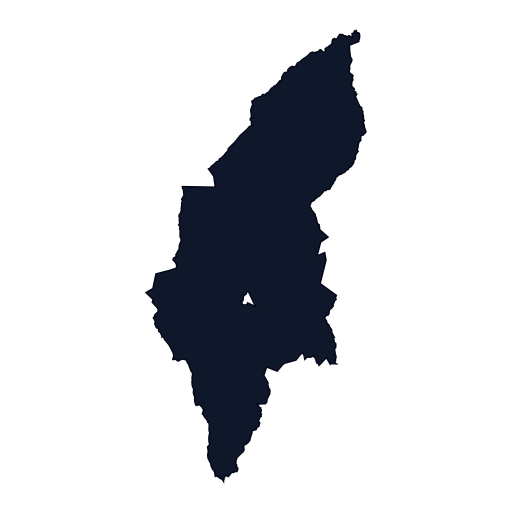 Makoni, Manicaland, Zimbabwe
{"feature_id": "62879985B27116987268551", "entity_name": "Makoni", "entity_type": "district", "adm_level": 2, "iso_a3": "ZWE", "parent_name": "Zimbabwe", "parent_adm1": "Manicaland", "projection": "robinson", "projection_center": [32.274, -18.385], "detail": "fine", "context": "isolated", "style": "filled", "palette": "ink", "viewbox_px": 512, "rotation_deg": 0, "n_neighbors": 0, "source": "geoboundaries", "source_scale": "gbopen_adm2", "svg_char_len": 6027}
<svg xmlns="http://www.w3.org/2000/svg" viewBox="0 0 512 512"><path d="M223.5,481.3L223.5,480.3L224.0,479.6L223.9,477.9L224.5,477.6L225.2,475.8L226.1,475.6L228.3,476.6L231.6,472.4L233.6,472.4L235.6,471.2L236.8,471.6L237.6,470.2L237.8,468.1L236.7,466.9L236.5,464.7L235.5,463.6L236.0,462.1L235.9,460.7L237.2,457.3L241.9,452.7L242.7,452.3L244.1,449.9L243.6,446.7L243.9,445.4L244.4,444.8L245.8,444.4L248.4,442.2L249.9,440.0L250.3,437.7L252.0,432.8L251.7,432.0L252.2,430.7L256.0,429.6L256.9,427.4L258.8,426.4L259.7,422.9L259.5,422.4L259.0,422.4L258.5,421.2L258.8,419.8L260.1,417.1L261.2,416.3L260.8,415.4L261.4,414.4L260.5,412.2L261.3,411.0L261.1,409.5L260.5,408.9L260.6,407.9L259.9,408.0L257.9,405.0L257.0,404.2L256.2,404.1L265.4,403.7L266.8,401.9L267.0,399.0L269.9,393.4L269.6,392.4L270.0,391.3L269.9,390.1L269.6,389.4L268.8,389.4L268.9,388.3L268.0,387.3L268.3,386.2L267.7,385.2L268.0,382.8L263.8,375.5L266.6,367.0L277.2,371.1L282.6,364.7L284.7,363.2L295.9,360.1L301.0,353.7L303.6,353.4L304.8,359.3L307.1,357.1L311.0,357.1L313.4,355.4L313.5,356.7L314.6,357.1L315.8,359.2L316.4,362.0L317.6,362.1L317.2,363.2L318.1,363.3L319.1,365.3L326.4,357.6L330.3,364.3L331.0,363.6L336.3,363.8L334.9,362.7L334.7,362.0L335.5,360.9L335.5,358.9L336.0,357.5L335.8,355.3L334.7,354.2L335.2,353.6L334.5,349.0L335.8,347.3L335.4,346.4L335.9,345.5L335.7,343.9L334.9,344.0L335.0,343.0L334.0,341.6L334.2,340.8L333.6,339.4L333.5,338.2L334.4,337.6L331.4,331.8L331.8,330.8L331.4,329.4L329.4,326.8L329.3,325.8L328.7,324.9L326.5,322.5L326.6,321.1L324.4,317.7L327.0,314.8L327.6,315.2L328.1,315.0L329.0,313.5L328.9,312.5L329.2,311.9L328.7,311.2L330.8,308.5L332.0,307.8L332.3,306.8L333.1,306.4L333.1,304.6L334.6,300.7L336.0,299.6L335.5,297.2L336.4,295.4L320.1,283.6L326.0,260.1L324.7,252.6L317.0,255.9L320.7,242.0L328.0,237.1L319.7,229.7L319.2,224.9L317.7,223.7L317.2,222.8L316.3,218.3L315.0,215.2L315.2,214.5L311.4,209.6L310.6,207.4L309.8,207.0L309.6,205.8L310.4,204.6L310.8,202.6L311.9,201.3L313.0,201.1L314.8,199.7L315.7,198.3L316.9,197.8L318.1,196.6L319.4,196.1L322.8,192.4L323.7,190.9L324.4,190.5L325.6,190.7L326.9,189.5L329.6,189.2L331.6,185.5L333.5,182.9L333.9,181.0L334.9,180.6L334.9,179.6L335.5,179.2L336.0,177.0L337.1,176.6L338.6,174.9L341.5,174.0L342.5,173.1L344.9,172.1L345.7,170.7L347.0,170.1L347.2,169.4L348.2,169.3L348.6,168.1L351.2,166.4L351.7,165.4L352.3,165.0L353.2,163.6L352.8,162.6L353.8,162.4L353.8,160.1L354.9,159.5L355.3,158.8L355.6,154.8L358.1,151.3L357.0,149.5L357.8,148.5L358.2,144.9L359.2,141.4L359.6,140.9L360.2,141.0L360.9,140.0L360.6,138.8L360.9,136.4L361.4,135.4L363.2,135.0L366.0,131.9L364.4,127.2L364.2,124.8L363.1,122.8L364.3,120.4L363.5,119.3L363.3,115.0L362.6,113.6L362.9,111.7L361.8,109.8L361.7,107.6L360.2,106.8L359.5,105.8L355.3,96.3L356.7,94.5L356.7,94.0L355.6,94.2L355.7,92.0L354.0,91.5L353.8,90.2L354.4,89.2L353.5,87.9L352.7,87.7L351.3,84.9L351.8,84.0L351.6,82.4L352.9,79.8L352.3,77.7L353.0,75.8L352.4,74.9L350.4,73.6L349.0,71.6L349.8,68.4L349.4,65.8L351.6,61.2L351.9,59.6L350.5,57.1L349.7,51.6L349.4,45.2L358.8,41.5L358.8,39.8L359.4,39.0L359.7,35.7L359.3,33.4L358.1,32.7L357.3,33.0L356.6,32.2L356.4,30.9L355.5,31.9L354.9,30.7L354.2,31.5L353.6,33.4L352.1,33.5L352.3,36.1L351.6,37.2L351.1,37.2L350.0,36.1L348.5,35.8L347.8,36.7L347.2,36.7L345.6,35.9L344.3,35.9L342.6,34.6L339.8,34.4L337.9,37.1L337.4,38.6L335.2,39.2L334.5,38.5L332.8,39.3L332.2,41.4L332.1,43.0L331.3,44.4L330.5,45.4L329.8,45.4L328.1,47.0L326.7,47.5L325.2,48.9L325.2,50.0L325.9,50.1L326.0,50.5L324.3,52.2L323.2,52.2L320.9,49.9L320.1,49.7L317.7,52.1L316.6,51.9L315.2,52.7L312.5,52.2L310.2,53.0L308.7,54.9L306.1,57.0L302.7,59.2L299.3,62.2L297.5,62.8L295.9,65.9L294.5,66.9L292.0,66.4L290.0,67.5L287.7,70.0L288.0,71.4L287.4,72.2L284.9,72.5L283.7,73.5L281.7,77.4L282.0,78.6L281.2,80.4L280.0,80.7L276.2,85.3L274.6,85.8L272.7,87.7L271.5,88.2L268.5,92.3L266.2,93.5L265.4,94.7L262.6,94.5L260.9,96.7L258.7,97.0L255.8,98.5L255.1,98.4L253.8,100.2L252.1,101.0L251.8,101.7L252.3,102.7L252.8,105.4L252.1,105.9L250.7,110.1L251.5,116.2L250.8,118.1L250.2,118.8L250.3,120.1L251.8,121.0L252.0,121.6L251.3,122.2L251.8,125.5L249.5,126.5L246.9,129.5L240.1,135.6L235.0,142.0L228.3,148.6L227.9,150.4L226.8,152.3L225.7,153.0L224.2,155.2L220.8,158.4L219.5,158.9L218.5,161.3L216.8,161.6L213.0,165.2L211.4,166.2L210.2,168.1L208.5,168.9L213.8,176.3L215.3,187.2L182.4,186.6L182.6,188.4L183.4,189.4L184.0,195.5L181.7,199.2L182.5,201.2L181.5,203.5L181.8,204.4L181.2,209.0L181.5,210.2L180.5,212.6L180.5,213.7L179.2,214.6L179.0,216.7L179.8,218.9L179.1,220.1L179.5,220.9L179.5,224.0L178.7,224.9L180.3,227.3L179.6,228.6L180.2,230.7L180.1,236.6L181.4,240.1L179.4,245.1L179.0,250.0L177.9,250.9L176.5,254.1L175.8,254.7L176.7,256.7L175.6,256.9L173.4,258.3L173.1,259.6L173.2,260.3L174.5,261.1L176.6,264.6L176.5,268.1L169.2,270.5L156.0,273.9L152.9,288.6L146.0,292.6L153.1,299.4L152.3,302.2L158.4,309.1L158.0,309.9L158.2,311.6L154.7,315.0L154.5,316.7L153.3,317.8L155.1,320.8L155.2,322.2L154.8,323.9L156.4,327.7L158.7,328.7L158.6,330.7L159.0,331.5L160.9,332.9L161.0,334.0L161.9,335.5L162.0,337.2L163.0,336.6L163.7,336.9L164.4,339.2L168.8,344.5L173.1,352.6L173.9,356.2L172.9,358.5L172.9,359.5L175.9,359.3L177.5,360.8L178.4,361.0L180.0,359.9L182.7,359.0L186.2,359.9L187.5,362.8L188.4,363.9L191.0,370.9L192.4,372.8L192.6,374.1L192.0,378.2L192.5,380.0L192.0,380.9L192.1,384.3L192.7,387.1L193.7,388.7L193.4,392.7L193.8,394.8L194.7,396.0L194.7,400.8L195.6,404.6L196.1,405.2L197.6,405.4L198.3,404.4L198.9,404.3L201.8,406.8L203.2,409.2L203.8,409.1L202.4,414.0L203.5,414.9L204.5,416.9L207.1,420.0L207.7,422.1L209.2,423.2L209.1,430.6L209.9,433.3L209.2,434.8L208.9,438.2L209.0,441.6L209.6,443.8L209.4,444.9L207.6,446.9L208.3,451.5L207.7,455.1L208.1,458.4L210.9,463.8L211.0,465.5L212.5,469.0L214.6,471.7L215.3,476.3L217.3,476.1L220.5,478.6L222.1,479.1L223.5,481.3ZM246.2,294.1L246.6,292.3L247.9,291.5L248.5,291.6L255.5,306.5L247.6,302.9L247.3,303.9L245.8,305.0L242.3,304.8L242.0,302.8L241.3,301.5L242.5,301.1L243.1,300.2L243.4,296.4L244.7,294.9L246.2,294.1Z" fill="#0f172a" stroke="#020617" stroke-width="1.5"/></svg>